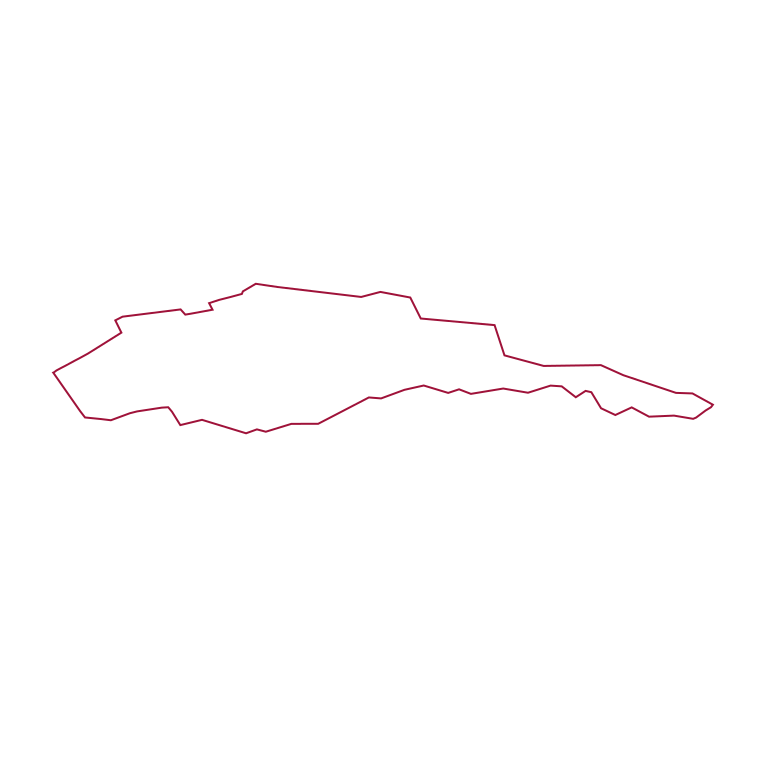 Halfa Aj Jadeedah, Kassala, Sudan (Equal Earth projection), rotated 101°
{"feature_id": "16777658B66580925278761", "entity_name": "Halfa Aj Jadeedah", "entity_type": "district", "adm_level": 2, "iso_a3": "SDN", "parent_name": "Sudan", "parent_adm1": "Kassala", "projection": "equal_earth", "projection_center": [35.632, 15.558], "detail": "fine", "context": "isolated", "style": "outline", "palette": "rose", "viewbox_px": 768, "rotation_deg": 101, "n_neighbors": 0, "source": "geoboundaries", "source_scale": "gbopen_adm2", "svg_char_len": 1118}
<svg xmlns="http://www.w3.org/2000/svg" viewBox="0 0 768 768"><g transform="rotate(101 384 384)"><path d="M463.2,576.1L453.9,555.8L458.7,510.0L452.8,500.1L453.4,490.9L440.8,467.3L435.6,441.0L425.3,428.0L400.1,396.3L398.7,384.1L385.8,362.8L377.9,344.7L380.5,319.3L374.9,309.3L377.1,296.8L365.7,266.1L365.1,241.0L353.8,220.2L352.4,209.1L360.4,193.2L352.3,184.8L352.5,178.9L366.4,166.3L370.3,151.0L359.7,136.4L365.5,117.6L359.7,93.3L359.2,73.9L357.4,71.2L348.6,63.2L344.4,58.6L341.6,57.2L334.4,79.4L337.0,95.7L329.7,150.7L324.1,174.7L335.8,230.7L332.9,271.2L305.1,286.7L312.7,360.4L294.1,374.7L294.3,405.1L302.9,423.0L309.1,506.9L310.1,529.0L320.0,540.2L322.7,540.7L327.9,551.3L332.9,561.9L338.0,571.1L343.8,566.5L351.9,587.2L353.8,592.3L349.6,597.9L367.8,653.5L372.8,659.9L383.7,651.6L410.7,680.5L415.1,685.8L417.0,688.1L420.1,692.0L427.1,700.5L429.6,703.7L433.2,708.1L433.4,708.3L434.1,708.9L435.6,710.3L435.9,710.6L436.0,710.8L468.6,677.1L473.9,671.1L472.4,655.0L471.7,645.2L461.2,627.9L458.0,621.1L449.6,597.6L448.0,591.4L449.0,590.1L451.7,586.8L463.2,576.1Z" fill="none" stroke="#9f1239" stroke-width="2"/></g></svg>